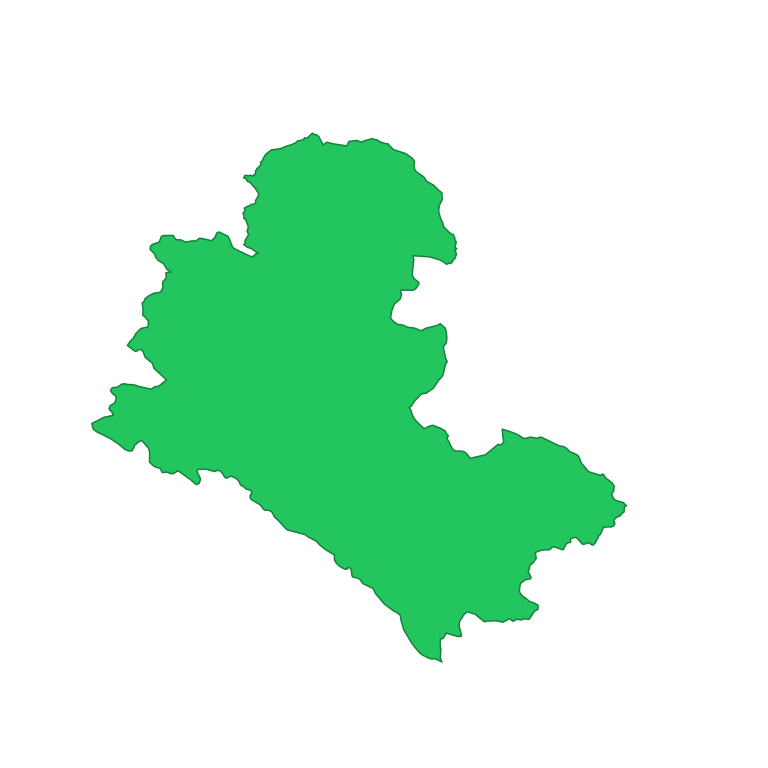 Nam Nhun, Lai Chau, Vietnam, rotated 124°
{"feature_id": "81297802B14703404520131", "entity_name": "Nam Nhun", "entity_type": "district", "adm_level": 2, "iso_a3": "VNM", "parent_name": "Vietnam", "parent_adm1": "Lai Chau", "projection": "equal_earth", "projection_center": [102.988, 22.256], "detail": "fine", "context": "isolated", "style": "filled", "palette": "green", "viewbox_px": 768, "rotation_deg": 124, "n_neighbors": 0, "source": "geoboundaries", "source_scale": "gbopen_adm2", "svg_char_len": 6171}
<svg xmlns="http://www.w3.org/2000/svg" viewBox="0 0 768 768"><g transform="rotate(124 384 384)"><path d="M452.0,629.8L457.2,625.2L461.8,622.5L462.1,619.6L463.6,614.4L468.1,611.8L469.1,612.0L473.9,616.6L475.4,616.9L480.8,617.9L486.6,617.5L491.0,618.4L495.5,618.3L496.1,608.9L495.2,607.5L492.6,606.6L491.1,604.2L492.2,601.5L495.4,596.8L496.4,587.3L499.6,583.6L502.2,566.7L511.7,569.5L514.7,572.7L518.4,574.0L523.3,586.4L524.7,591.5L527.5,595.8L528.9,599.2L530.6,601.2L535.8,603.4L538.8,606.9L541.2,607.4L542.3,607.0L543.7,604.1L544.1,599.5L545.1,598.3L549.4,596.8L550.8,596.8L554.9,598.9L558.1,598.3L558.9,596.9L559.6,593.4L561.5,591.0L568.0,597.4L580.1,604.1L584.0,599.9L584.3,594.3L583.3,589.2L582.2,578.4L582.2,570.9L583.1,562.3L582.7,559.5L581.6,557.0L580.4,555.6L576.9,555.7L573.9,556.6L572.6,555.8L570.0,555.5L566.2,553.3L569.0,543.1L571.2,540.5L579.9,534.7L580.8,529.1L580.5,526.4L579.6,524.2L579.3,521.6L581.2,519.1L581.3,518.1L578.4,514.6L577.7,510.9L576.2,508.6L571.8,506.6L571.1,505.2L571.5,491.0L572.3,484.1L571.9,482.8L569.7,481.8L567.8,482.0L565.0,483.4L561.0,490.3L558.9,490.4L554.2,484.1L551.4,475.7L548.8,473.8L547.7,471.7L548.2,468.7L550.3,463.8L550.2,461.9L546.5,459.9L545.4,457.4L545.1,452.5L546.0,449.3L547.4,447.5L548.0,445.8L547.6,443.0L548.3,439.6L546.8,435.5L547.6,432.9L551.7,432.5L553.5,430.9L554.0,429.0L553.4,419.3L555.2,413.8L555.2,412.1L553.1,409.0L552.8,405.3L555.5,400.3L556.5,394.0L558.9,384.1L558.9,382.1L553.0,365.4L553.2,361.0L552.1,352.6L553.3,347.5L554.0,340.3L553.5,329.7L557.8,326.4L559.3,322.9L559.9,319.4L559.9,316.3L559.2,312.2L558.2,311.2L556.2,311.2L555.6,309.3L556.1,307.5L560.8,303.4L561.4,302.3L561.3,301.1L559.9,298.3L559.4,295.1L561.3,289.5L559.6,278.7L562.5,273.8L566.3,260.3L566.8,248.2L566.2,246.1L566.7,241.1L570.6,237.5L576.8,230.0L583.0,216.9L585.2,210.8L586.9,204.2L587.2,200.2L586.2,193.5L585.2,190.3L583.3,188.4L582.0,180.9L579.5,184.3L572.2,188.5L569.6,191.0L564.1,194.6L561.9,192.7L555.7,193.0L552.3,182.4L551.1,180.0L549.9,178.9L548.8,179.4L543.0,186.0L539.0,188.6L529.7,188.7L526.8,187.6L525.8,186.4L523.9,179.2L525.0,167.9L522.7,165.7L517.5,158.5L515.0,152.2L508.8,148.9L508.0,147.6L508.7,145.4L508.4,144.1L504.7,142.4L502.7,137.9L500.5,136.9L498.4,132.8L497.5,132.1L488.4,132.2L484.7,130.4L481.2,132.6L481.7,137.9L482.9,141.5L482.3,147.0L482.5,150.4L481.1,154.5L479.3,156.5L473.9,159.0L472.1,159.1L467.3,157.4L463.4,153.5L461.7,154.4L459.0,159.6L456.3,159.9L452.8,161.7L449.4,160.5L443.3,160.3L439.6,164.0L438.8,164.1L435.7,162.1L431.7,158.3L429.0,154.2L424.6,152.9L423.9,152.1L421.6,143.5L421.0,142.7L415.5,143.5L413.1,142.9L411.3,141.1L410.4,140.9L408.1,142.9L404.4,140.0L403.8,137.7L405.8,130.2L405.1,128.6L401.1,125.6L401.1,121.8L400.6,120.6L396.6,119.9L395.6,120.6L391.8,120.4L389.6,121.2L388.3,120.6L386.2,120.7L380.1,121.9L376.6,117.7L375.7,115.9L373.3,114.2L370.6,114.6L368.5,117.5L364.9,116.8L360.9,114.4L358.0,114.4L356.0,113.4L351.4,115.9L349.3,115.1L348.5,119.3L350.8,126.4L350.7,129.6L347.9,133.9L344.4,133.7L339.8,136.2L338.3,140.1L338.0,147.5L336.3,151.4L336.4,152.3L338.7,153.7L342.3,165.3L339.2,176.2L336.1,180.5L335.0,182.8L334.8,185.0L336.2,192.2L335.3,196.3L335.4,200.0L337.2,203.8L340.1,223.3L340.5,224.6L343.4,226.8L346.2,233.0L350.4,236.7L351.1,238.2L351.2,245.1L353.0,253.1L355.4,260.6L361.4,255.9L364.6,252.6L368.7,252.6L370.4,255.8L386.0,260.3L397.4,271.0L395.6,276.4L395.3,279.2L396.3,282.4L399.7,287.5L399.6,290.8L396.6,296.4L395.5,297.4L394.8,300.0L393.3,301.6L391.0,301.6L390.3,304.7L388.7,307.1L389.2,313.0L391.0,320.6L393.2,322.6L398.7,325.8L396.9,336.0L395.5,340.1L393.9,343.1L390.3,347.6L389.6,349.8L386.8,349.0L380.8,349.1L372.2,347.6L370.4,346.6L368.0,343.9L360.3,340.8L350.1,340.7L345.8,340.0L342.6,340.4L333.7,343.9L330.0,344.2L328.6,346.9L320.6,355.1L319.4,355.7L315.4,355.3L312.8,356.4L309.5,358.5L304.9,362.6L303.4,364.7L302.6,371.2L305.7,372.6L314.3,380.4L319.2,383.1L320.6,390.1L323.8,396.1L324.5,401.3L326.8,405.5L326.9,410.4L326.4,413.3L325.4,415.6L318.7,418.6L311.8,420.1L304.4,418.1L299.9,419.5L297.7,422.5L296.8,422.7L290.2,412.6L288.4,411.4L286.3,410.9L281.6,411.0L280.2,412.2L279.9,417.6L278.8,420.2L277.2,422.0L264.4,428.8L261.5,431.7L253.2,417.6L250.1,407.8L249.5,403.6L249.8,399.1L248.3,398.3L246.8,396.2L245.0,395.6L241.8,396.0L240.4,395.3L235.9,396.5L233.0,400.3L231.4,399.3L230.9,401.6L225.7,403.6L225.3,405.5L223.0,407.2L222.6,408.6L221.4,409.8L221.9,412.2L221.8,415.3L220.2,422.6L217.9,425.0L215.3,429.4L211.8,433.7L209.7,435.7L205.0,438.0L198.4,438.9L193.0,443.1L192.8,447.6L191.4,454.1L192.1,462.0L190.0,467.1L190.1,474.8L189.7,476.8L188.6,479.1L186.6,480.9L182.6,483.0L181.0,486.7L180.8,494.7L184.4,507.0L182.7,515.4L183.6,516.3L185.3,521.7L185.6,526.3L186.8,529.0L187.0,530.9L194.1,536.9L196.2,538.0L197.3,542.8L202.5,548.7L206.7,548.0L207.6,548.4L213.3,560.4L215.4,566.4L219.8,568.3L215.5,576.0L215.1,579.2L216.2,581.3L215.9,583.1L216.9,583.9L223.5,585.3L224.3,587.5L226.9,587.7L231.1,591.7L233.3,592.0L237.1,594.4L242.6,598.8L246.7,601.3L252.9,608.3L256.2,609.4L257.4,609.2L258.5,610.4L261.7,610.4L264.9,610.3L266.5,609.5L269.0,610.3L271.3,608.7L273.1,609.2L274.6,608.8L275.9,609.8L279.5,609.5L281.7,608.1L284.9,609.3L285.9,611.8L287.1,612.7L288.6,615.8L291.6,615.6L291.0,613.6L292.4,610.3L291.8,609.0L291.9,607.2L293.9,599.7L296.4,594.2L299.0,593.3L303.7,593.1L305.4,591.8L306.2,591.9L307.6,592.4L309.7,594.8L311.1,594.7L312.9,596.5L316.4,598.1L317.6,596.2L321.5,596.3L322.4,594.3L324.9,593.0L325.2,590.4L328.9,585.2L330.6,583.8L333.7,583.1L336.0,579.7L342.6,579.5L344.7,577.9L346.8,578.2L347.1,574.3L345.9,569.3L346.2,561.6L347.8,563.1L351.9,563.9L353.1,567.1L355.5,583.9L354.9,586.6L350.3,593.2L348.8,596.2L350.1,605.3L350.7,606.3L352.3,607.1L356.5,606.2L361.6,607.1L365.8,617.7L366.7,618.6L370.7,620.0L372.3,622.7L377.2,627.8L378.2,633.3L380.4,636.4L380.2,638.6L378.7,641.8L384.3,650.0L386.3,651.1L391.8,649.7L397.9,654.1L400.6,654.6L402.7,653.5L403.4,652.4L404.4,647.0L406.6,644.2L407.8,640.3L407.6,633.9L410.4,628.1L410.2,623.8L410.6,623.5L413.6,627.0L417.8,623.9L423.2,624.5L427.9,621.1L432.4,620.7L433.6,621.3L437.2,625.4L442.1,628.2L446.4,629.7L450.5,629.1L452.0,629.8Z" fill="#22c55e" stroke="#15803d" stroke-width="1.5"/></g></svg>